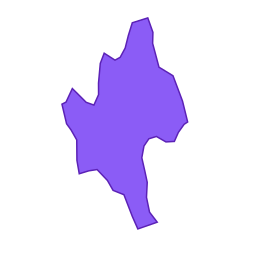 Essunga, Västra Götaland, Sweden, rotated 253°
{"feature_id": "70781695B52360167495619", "entity_name": "Essunga", "entity_type": "district", "adm_level": 2, "iso_a3": "SWE", "parent_name": "Sweden", "parent_adm1": "Västra Götaland", "projection": "natural_earth1", "projection_center": [12.777, 58.206], "detail": "fine", "context": "isolated", "style": "filled", "palette": "violet", "viewbox_px": 256, "rotation_deg": 253, "n_neighbors": 0, "source": "geoboundaries", "source_scale": "gbopen_adm2", "svg_char_len": 708}
<svg xmlns="http://www.w3.org/2000/svg" viewBox="0 0 256 256"><g transform="rotate(253 128 128)"><path d="M116.3,186.8L137.8,188.0L164.8,186.3L177.1,175.4L201.7,176.3L212.2,179.8L227.5,179.1L227.4,162.9L216.4,155.4L205.3,148.7L197.9,141.2L196.7,135.4L206.5,127.1L197.9,120.4L179.5,112.9L168.5,109.6L159.9,102.1L164.8,95.5L182.0,86.3L170.9,76.3L170.1,71.8L150.0,70.5L142.7,73.0L131.6,75.5L112.0,69.7L98.5,68.0L98.5,78.0L97.3,86.3L83.8,93.0L72.7,95.5L65.4,104.6L42.0,106.3L28.6,107.9L29.4,128.4L41.2,124.0L56.3,125.4L70.4,130.5L82.0,131.5L95.5,132.5L106.1,138.0L111.6,144.8L111.6,152.7L103.6,160.2L101.6,168.4L109.1,174.9L115.1,182.7L116.3,186.8Z" fill="#8b5cf6" stroke="#5b21b6" stroke-width="1.5"/></g></svg>